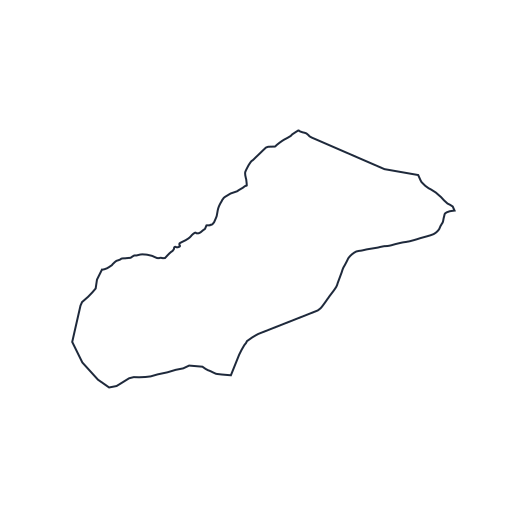 outline of Ajuterique, Comayagua, Honduras, rotated 340°
{"feature_id": "27666195B64266786808273", "entity_name": "Ajuterique", "entity_type": "district", "adm_level": 2, "iso_a3": "HND", "parent_name": "Honduras", "parent_adm1": "Comayagua", "projection": "mercator", "projection_center": [-87.72, 14.397], "detail": "fine", "context": "isolated", "style": "outline", "palette": "slate", "viewbox_px": 512, "rotation_deg": 340, "n_neighbors": 0, "source": "geoboundaries", "source_scale": "gbopen_adm2", "svg_char_len": 6043}
<svg xmlns="http://www.w3.org/2000/svg" viewBox="0 0 512 512"><g transform="rotate(340 256 256)"><path d="M53.9,273.9L56.4,296.7L65.2,318.2L73.0,329.3L80.5,330.5L91.6,328.2L95.0,327.5L99.7,328.0L104.7,330.0L110.8,331.9L115.8,333.1L123.1,333.6L132.9,335.0L141.6,335.5L149.2,336.7L155.7,336.1L167.8,341.7L170.1,345.0L170.5,345.4L171.8,346.9L172.8,347.7L174.2,349.0L175.4,350.3L178.0,352.9L179.0,353.5L183.4,355.7L191.6,359.5L206.4,343.0L210.3,339.3L214.6,335.7L216.8,334.4L218.4,332.9L222.1,331.9L224.6,331.2L228.9,330.4L231.6,330.0L295.3,328.3L296.1,328.1L297.0,327.8L298.5,327.3L299.2,327.0L299.9,326.6L300.6,326.2L302.0,325.3L304.1,323.9L306.3,322.4L308.4,320.9L309.8,320.0L311.0,319.1L314.1,317.1L316.6,315.5L318.5,314.2L320.4,312.8L320.8,312.5L321.5,311.8L322.1,311.2L322.6,310.6L323.4,309.5L324.0,308.8L330.8,300.8L331.5,299.9L332.5,298.6L333.0,298.0L333.5,297.5L334.1,296.8L336.6,294.7L337.8,293.6L338.8,292.7L340.6,291.0L341.6,290.0L342.0,289.7L342.5,289.3L343.4,288.8L344.3,288.3L345.1,287.9L345.9,287.6L346.8,287.2L348.2,286.8L348.9,286.6L349.6,286.4L351.0,286.2L351.3,286.1L351.8,286.1L352.3,286.1L352.8,286.2L354.4,286.4L356.5,286.9L357.7,287.1L360.1,287.4L361.9,287.6L363.1,287.8L372.5,289.6L373.7,289.8L375.9,290.0L377.2,290.2L379.1,290.5L380.1,290.7L381.0,291.0L383.0,291.6L383.6,291.7L384.6,291.9L385.2,292.0L386.8,292.2L389.7,292.4L391.1,292.5L395.4,293.0L397.7,293.3L399.0,293.5L402.2,294.2L403.1,294.3L404.0,294.5L406.1,294.8L407.6,294.9L409.8,295.1L411.4,295.2L412.9,295.3L416.0,295.4L417.5,295.5L423.6,296.0L425.5,296.1L426.5,296.2L428.5,296.2L429.8,296.2L430.8,296.1L431.7,295.9L432.9,295.6L434.0,295.2L435.1,294.7L435.9,294.3L436.7,293.8L437.3,293.4L437.8,292.9L439.3,291.3L440.0,290.6L440.6,290.2L441.1,289.7L442.2,288.9L442.5,288.7L442.8,288.3L443.2,288.0L443.6,287.4L444.0,286.8L445.3,284.6L446.4,283.0L447.3,281.6L447.6,281.2L447.9,280.9L448.2,280.7L448.5,280.6L448.8,280.5L449.3,280.4L450.2,280.2L450.7,280.2L451.2,280.2L453.2,280.2L453.7,280.3L454.9,280.5L456.7,280.9L458.1,281.2L457.8,276.8L455.9,274.3L453.9,272.2L451.7,268.0L450.0,263.9L448.5,261.2L446.7,257.9L444.7,255.3L443.0,253.1L441.4,251.4L439.1,248.0L437.8,245.3L436.8,243.1L436.5,241.1L436.1,235.4L406.4,218.3L352.3,167.0L349.1,164.0L348.5,163.3L348.0,162.8L347.6,162.3L347.4,162.0L347.1,161.6L346.7,160.5L345.8,158.9L345.5,158.4L345.1,157.9L344.7,157.5L344.0,157.0L343.5,156.6L342.2,155.8L340.1,154.1L339.8,153.8L339.6,153.5L339.4,153.3L339.2,152.8L339.1,152.7L338.8,152.6L338.6,152.5L338.2,152.6L335.8,153.1L331.6,154.1L331.2,154.3L330.4,154.7L330.1,154.9L329.4,155.1L329.0,155.2L327.3,155.5L326.4,155.7L325.7,155.8L323.6,156.1L322.6,156.2L321.7,156.4L320.2,156.7L319.1,157.0L316.9,157.6L313.9,158.6L313.1,158.9L312.7,159.1L311.8,159.5L311.5,159.6L311.3,159.6L311.1,159.6L305.7,157.8L305.0,157.6L304.4,157.5L303.7,157.5L302.9,157.5L302.1,157.6L301.9,157.7L301.3,158.0L298.7,159.1L295.4,160.6L289.7,163.1L286.9,164.4L286.4,164.6L285.7,164.9L284.4,165.2L284.0,165.4L283.6,165.6L283.3,165.8L281.6,167.0L279.9,168.3L277.6,170.4L275.9,172.0L275.0,173.0L274.7,173.3L274.5,173.6L274.3,174.0L274.1,174.5L273.9,175.0L273.8,175.5L273.5,176.6L273.3,178.0L273.1,179.4L273.0,180.6L272.9,181.1L272.1,184.4L271.6,186.1L271.5,186.4L271.4,186.6L271.1,186.7L270.6,186.6L270.2,186.5L269.8,186.6L269.4,186.6L268.4,186.9L267.2,187.3L266.8,187.4L261.8,188.3L261.5,188.4L261.1,188.6L260.8,188.7L260.4,188.7L258.8,188.7L254.5,188.6L253.5,188.6L252.4,188.8L249.4,189.4L247.3,189.8L246.3,190.1L246.0,190.2L245.5,190.4L245.2,190.6L244.7,191.0L244.2,191.3L243.8,191.5L242.3,192.9L240.7,194.2L239.7,195.1L238.9,195.9L238.2,196.6L237.7,197.2L237.2,197.8L236.7,198.4L236.2,199.2L235.7,199.9L234.5,202.0L233.2,204.2L232.8,204.9L232.3,205.5L231.9,206.0L230.4,207.6L228.5,209.6L228.2,209.9L227.8,210.2L227.4,210.4L227.0,210.6L226.6,210.9L226.1,211.1L225.6,211.3L225.1,211.4L224.9,211.4L224.6,211.4L224.3,211.3L224.0,211.1L223.7,211.1L223.4,211.2L223.3,211.3L223.1,211.4L222.3,211.1L221.2,210.7L220.0,210.3L219.9,210.3L218.8,211.5L217.6,212.8L217.4,213.0L217.2,213.1L216.9,213.2L216.2,213.4L215.3,213.6L212.3,214.7L211.4,214.9L211.1,214.9L210.7,215.0L210.1,215.0L209.3,214.9L208.7,214.7L208.3,214.5L208.0,214.4L207.7,214.1L207.4,213.6L207.2,213.4L206.8,213.3L206.5,213.3L206.2,213.3L205.8,213.4L205.1,213.6L204.7,213.7L203.9,214.0L202.9,214.4L202.5,214.6L201.7,215.1L200.9,215.5L200.0,215.9L199.4,216.1L198.1,216.5L196.6,216.8L195.2,217.1L194.2,217.2L191.4,217.5L190.6,217.6L189.8,217.7L188.8,217.9L188.5,218.0L188.4,218.1L188.1,218.5L188.0,218.9L187.9,219.2L187.8,219.5L187.9,219.8L188.0,220.3L188.0,220.5L187.9,220.7L187.8,220.8L187.6,220.9L187.4,221.0L187.1,221.0L186.8,221.1L186.5,221.1L185.4,221.0L185.0,220.9L184.7,220.8L184.3,220.6L184.1,220.4L183.6,220.0L183.4,219.8L183.2,219.8L183.0,219.7L182.8,219.7L182.6,219.8L182.3,219.9L182.2,219.9L181.9,220.2L181.8,220.4L181.6,220.8L181.4,221.1L181.3,221.3L181.0,221.6L180.7,221.8L179.5,222.6L179.0,222.8L178.1,223.0L177.7,223.1L175.6,223.9L173.1,225.1L169.8,226.8L167.7,226.2L167.3,225.9L166.7,225.6L166.3,225.3L165.9,225.1L165.5,225.0L165.0,224.9L164.5,224.9L164.0,224.8L163.7,224.7L163.2,224.5L162.6,224.2L162.2,224.0L162.0,223.8L160.1,222.0L159.2,221.1L158.8,220.7L158.2,220.2L154.2,217.6L153.0,217.0L151.4,216.3L149.9,215.6L149.4,215.5L148.8,215.3L147.5,215.0L146.4,214.9L145.6,214.8L144.5,214.7L143.9,214.6L143.4,214.5L142.6,214.1L142.1,214.0L141.8,213.9L141.4,213.9L141.0,214.0L139.7,214.2L138.4,214.6L138.0,214.7L137.5,214.7L137.1,214.7L136.4,214.5L135.1,214.1L134.1,213.9L133.5,213.7L132.5,213.5L131.0,213.0L130.0,212.7L129.2,212.5L128.6,212.5L128.2,212.5L127.8,212.7L127.5,212.8L126.7,212.9L126.1,212.9L125.7,212.9L124.7,212.9L123.9,212.8L123.2,212.9L122.9,212.9L122.5,213.0L121.4,213.4L120.8,213.6L119.8,214.1L118.8,214.5L117.8,215.1L117.3,215.4L116.8,215.5L115.5,215.8L114.4,216.1L112.3,216.5L111.7,216.6L111.3,216.6L110.0,216.6L109.0,216.6L108.3,216.5L107.5,216.4L106.9,216.3L106.6,216.1L98.5,223.8L94.2,231.7L89.8,234.2L84.3,236.9L76.8,239.8L74.1,242.6L53.9,273.9Z" fill="none" stroke="#1e293b" stroke-width="2"/></g></svg>